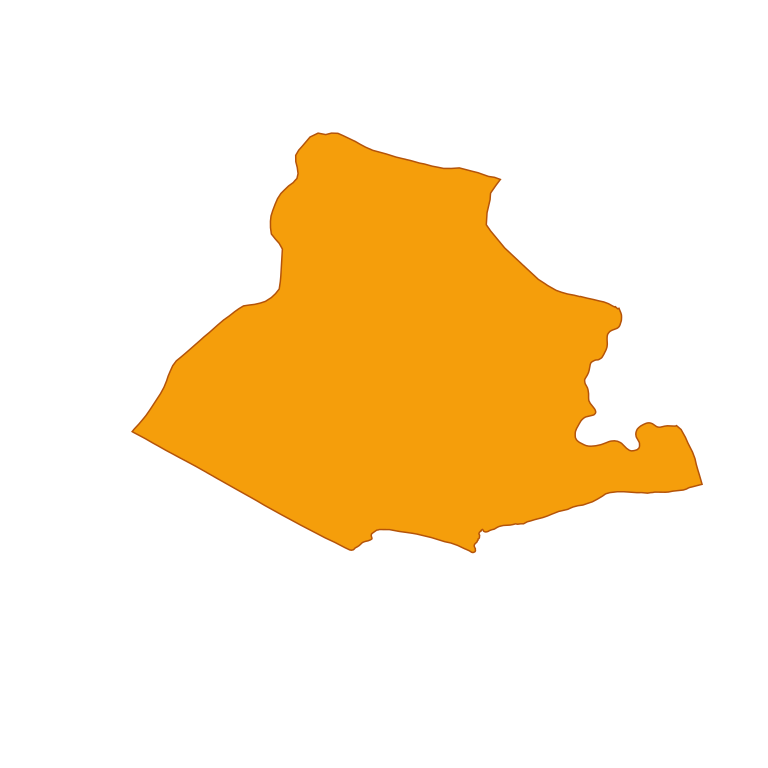 the district of Panare, Pattani, Thailand, rotated 149°
{"feature_id": "78962969B4451238967182", "entity_name": "Panare", "entity_type": "district", "adm_level": 2, "iso_a3": "THA", "parent_name": "Thailand", "parent_adm1": "Pattani", "projection": "orthographic", "projection_center": [101.496, 6.808], "detail": "fine", "context": "isolated", "style": "filled", "palette": "amber", "viewbox_px": 768, "rotation_deg": 149, "n_neighbors": 0, "source": "geoboundaries", "source_scale": "gbopen_adm2", "svg_char_len": 6063}
<svg xmlns="http://www.w3.org/2000/svg" viewBox="0 0 768 768"><g transform="rotate(149 384 384)"><path d="M311.3,633.0L320.2,633.8L331.7,629.9L336.6,628.4L341.9,625.5L345.1,620.0L346.8,614.4L349.3,608.6L352.8,605.0L355.4,604.3L358.1,603.4L363.8,602.9L369.1,601.7L374.3,600.4L379.8,597.7L384.7,594.2L390.0,590.0L394.3,586.2L397.5,582.0L400.8,576.4L403.3,570.6L402.5,564.4L401.4,558.5L401.6,552.0L416.9,529.6L420.2,525.1L424.9,519.4L430.5,517.3L436.1,516.1L443.1,515.9L448.4,517.1L453.9,518.9L459.1,521.2L464.2,523.3L469.5,523.3L474.7,522.9L481.7,522.0L488.4,521.5L495.7,520.3L507.3,518.1L514.0,517.1L519.5,516.0L525.7,514.9L532.2,513.7L539.0,512.5L543.9,511.7L550.1,510.8L555.7,508.5L560.9,504.9L565.0,501.9L568.8,498.6L574.3,494.5L580.6,490.8L586.8,487.8L593.2,484.7L598.4,482.2L604.2,479.6L609.2,477.8L614.8,475.9L621.1,474.1L624.4,472.9L623.7,471.6L620.6,466.5L616.7,460.0L612.5,452.4L609.4,447.1L605.3,439.8L596.5,425.0L591.3,416.4L587.4,409.8L584.5,404.7L575.2,388.1L568.6,376.5L564.8,369.8L557.8,357.6L553.2,349.5L549.0,341.7L542.7,330.8L539.0,324.4L533.3,314.8L528.0,305.8L518.3,290.0L513.8,282.6L507.8,273.7L501.8,263.9L498.8,259.4L497.5,258.3L495.7,257.7L494.3,257.9L493.3,258.3L492.3,258.3L490.6,258.2L488.4,258.3L487.0,258.6L484.2,259.2L482.5,259.0L480.8,258.6L478.5,257.8L476.2,257.4L474.3,257.4L473.8,257.9L473.5,258.8L473.4,259.5L473.0,260.7L471.9,261.9L470.7,262.1L465.6,262.5L463.8,261.8L463.0,261.7L454.2,256.3L446.8,249.7L441.8,245.7L437.0,241.8L433.3,238.6L422.4,227.9L413.2,217.6L408.6,213.3L404.0,207.7L399.5,200.9L399.2,200.6L396.7,197.0L395.6,194.7L394.7,193.8L393.9,193.5L392.5,193.4L391.8,193.7L391.2,194.4L390.9,195.3L390.5,195.8L390.5,196.5L390.4,197.4L390.2,198.5L390.0,198.9L389.5,199.5L388.0,200.3L387.5,200.4L386.9,200.4L386.4,200.5L385.8,200.7L385.4,200.9L385.0,201.3L384.8,201.5L384.3,201.6L383.9,201.7L383.6,202.1L383.3,202.6L382.9,202.6L382.3,202.6L381.9,202.8L381.4,203.1L380.8,203.9L380.5,204.4L380.2,204.8L379.9,205.1L379.9,205.6L379.9,206.1L379.8,206.7L379.5,207.1L379.0,207.3L378.7,207.6L378.2,207.8L377.5,208.0L376.3,208.0L376.1,208.4L376.1,208.5L374.6,208.7L374.4,208.5L374.4,208.4L374.4,207.7L374.4,206.5L373.8,205.5L372.9,204.7L371.5,204.2L370.5,204.0L368.9,204.0L366.4,203.5L365.2,203.1L364.1,202.8L363.1,202.8L360.9,202.8L358.8,202.6L357.1,202.1L354.6,201.3L348.5,198.1L345.8,197.1L343.3,196.4L341.7,195.0L338.7,193.7L336.4,192.3L332.1,192.1L328.7,191.1L324.6,190.1L320.9,189.0L316.6,187.7L311.9,186.7L307.1,186.0L299.4,184.7L299.1,184.5L291.0,181.9L288.0,181.6L285.3,181.2L280.5,179.8L275.8,177.8L271.0,176.8L266.0,175.7L260.5,175.4L254.3,175.4L250.6,175.7L246.4,174.6L239.5,171.5L233.7,168.0L228.4,164.3L223.3,160.7L218.9,158.1L214.3,154.7L211.0,153.4L209.8,152.7L207.6,151.9L202.9,149.0L198.7,146.4L195.8,144.9L191.6,143.4L182.1,139.0L178.8,138.2L176.3,138.1L175.0,137.8L173.2,137.2L165.7,135.0L163.0,134.2L160.4,144.0L159.2,148.9L157.7,154.4L155.9,159.8L154.6,166.8L153.9,176.9L153.1,183.0L152.8,192.0L154.7,197.7L155.2,197.7L155.5,197.7L155.7,197.8L156.3,198.1L157.0,198.5L162.6,202.2L165.1,203.3L168.5,204.4L169.4,204.7L170.2,205.1L170.7,205.5L171.4,206.0L171.8,206.5L172.4,207.3L174.1,211.1L174.4,211.7L175.5,213.1L176.4,213.9L177.5,214.6L178.8,215.1L180.1,215.4L182.6,215.7L185.7,215.8L188.3,215.4L190.0,214.9L190.5,214.6L191.2,214.2L192.3,213.3L193.3,212.3L194.1,211.1L195.0,208.9L195.1,208.1L195.2,204.1L195.2,203.2L195.3,202.5L195.5,201.7L196.7,199.5L197.5,198.5L198.1,198.0L198.6,197.8L199.3,197.6L200.2,197.4L200.7,197.3L202.2,197.6L203.9,198.1L205.5,198.8L206.3,199.2L207.0,199.9L207.6,200.5L208.0,201.2L209.2,203.9L210.9,210.7L211.5,212.0L212.8,213.9L213.4,214.7L215.0,216.0L215.7,216.6L217.1,217.3L218.7,218.1L219.9,218.5L221.1,218.8L224.3,219.3L228.5,220.1L229.7,220.4L234.1,221.9L235.2,222.4L238.9,224.2L239.1,224.4L240.4,225.2L242.4,227.0L243.1,227.9L243.7,228.7L246.2,232.7L246.6,233.4L247.2,234.9L247.6,236.1L247.7,236.8L247.7,237.8L247.6,239.1L247.5,239.7L247.1,240.4L246.9,240.9L246.1,242.3L245.5,243.2L244.8,244.2L244.1,244.9L243.1,245.7L242.9,245.8L242.1,246.5L237.1,249.4L234.3,250.9L232.8,251.4L231.0,251.8L230.1,251.9L228.9,251.9L228.1,251.9L227.2,251.6L220.7,249.6L219.6,249.5L218.6,249.8L218.0,250.0L217.7,250.2L217.1,250.7L216.7,251.5L216.5,252.3L216.3,253.6L216.4,255.1L217.2,261.2L217.0,263.8L217.0,264.2L216.6,265.1L215.8,266.7L213.7,270.2L213.5,270.6L212.2,273.7L211.9,274.8L211.6,275.9L211.4,280.7L211.1,281.7L210.6,282.9L210.4,283.4L210.1,283.8L209.8,284.3L209.6,284.4L209.0,284.9L205.4,286.8L204.6,287.3L203.7,287.9L202.7,288.6L201.1,290.1L198.6,292.9L197.1,294.6L196.0,295.4L195.8,295.6L195.4,295.7L195.0,295.8L194.5,295.9L194.0,295.9L193.0,295.9L191.7,295.8L191.0,295.7L190.5,295.6L190.1,295.5L187.9,294.4L187.5,294.4L187.2,294.3L186.5,294.3L185.5,294.3L184.6,294.3L184.0,294.4L183.3,294.6L181.6,295.5L179.8,296.5L178.8,297.2L177.0,298.3L175.6,299.3L174.9,299.9L174.3,300.4L173.7,301.0L172.1,303.1L171.7,303.8L170.0,307.0L169.1,308.5L167.9,310.2L167.5,310.6L166.8,311.3L166.3,311.6L165.0,312.2L164.7,312.3L163.7,312.6L163.2,312.7L162.7,312.7L161.7,312.7L160.6,312.6L160.0,312.5L156.8,311.9L155.5,311.7L154.8,311.7L154.2,311.8L153.5,311.9L152.8,312.2L152.3,312.4L152.0,312.7L151.4,313.0L148.0,316.0L147.1,317.2L146.1,318.7L145.3,320.1L144.8,321.2L144.3,323.2L143.6,327.9L144.4,328.0L144.8,328.0L145.0,328.2L145.1,328.5L145.3,329.2L145.8,330.9L145.8,331.1L146.0,331.2L146.4,331.0L147.8,333.0L150.2,337.2L153.3,341.1L157.0,344.6L160.8,348.4L165.6,352.9L170.6,357.9L171.1,358.0L175.2,362.1L180.3,366.6L184.7,371.3L188.2,375.6L193.0,384.1L194.5,387.4L197.8,394.1L202.2,409.3L204.0,415.5L210.5,438.5L213.8,460.3L214.3,467.8L207.5,477.7L198.2,487.3L194.6,492.4L194.0,492.9L185.8,496.6L178.9,499.4L182.8,504.2L187.5,508.1L191.4,512.8L194.6,516.7L199.3,521.4L203.1,525.3L208.1,530.4L215.3,534.1L221.9,538.1L225.9,541.8L230.6,546.0L236.0,551.7L239.8,555.1L245.3,561.0L256.7,572.2L263.5,579.9L267.5,584.1L273.2,590.0L277.7,596.3L281.0,601.8L283.4,606.2L287.6,612.6L291.1,617.9L294.4,622.6L299.8,626.1L305.5,627.8L311.3,633.0Z" fill="#f59e0b" stroke="#b45309" stroke-width="1.5"/></g></svg>